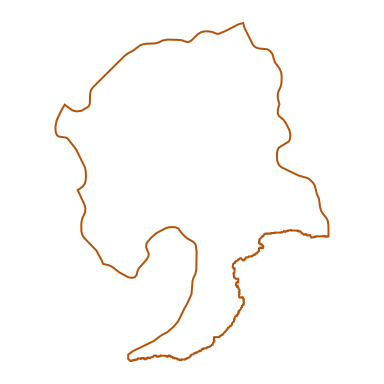 outline of Azua de Compostela, Azua, Dominican Republic
{"feature_id": "3306468B66909438647260", "entity_name": "Azua de Compostela", "entity_type": "district", "adm_level": 2, "iso_a3": "DOM", "parent_name": "Dominican Republic", "parent_adm1": "Azua", "projection": "orthographic", "projection_center": [-70.724, 18.457], "detail": "fine", "context": "isolated", "style": "outline", "palette": "amber", "viewbox_px": 384, "rotation_deg": 0, "n_neighbors": 0, "source": "geoboundaries", "source_scale": "gbopen_adm2", "svg_char_len": 6041}
<svg xmlns="http://www.w3.org/2000/svg" viewBox="0 0 384 384"><path d="M328.5,236.3L328.4,224.9L327.8,220.9L326.4,218.1L322.6,213.2L321.0,210.5L320.2,207.6L318.9,198.6L316.7,193.5L314.8,185.7L313.2,183.0L310.3,180.0L307.7,178.1L298.2,175.4L281.9,167.5L279.7,165.8L278.1,163.4L277.2,160.3L276.9,157.0L277.1,152.6L277.7,149.6L279.3,147.3L288.8,141.5L290.0,139.0L290.3,136.1L290.1,133.1L289.4,130.1L285.5,122.5L283.3,119.6L278.7,115.8L277.8,113.4L277.8,109.7L279.4,104.3L277.9,98.7L277.7,94.7L278.3,91.8L280.6,86.8L281.4,83.7L281.7,78.1L281.3,72.6L279.6,68.7L274.7,62.0L272.6,54.5L270.5,51.3L267.3,49.3L259.4,48.5L256.5,47.7L254.9,46.8L252.9,44.8L244.5,27.8L243.2,23.0L238.5,24.3L225.9,30.8L219.0,33.7L217.0,33.9L212.0,31.9L208.8,31.4L204.3,31.4L201.1,32.2L197.8,34.3L191.1,40.7L188.7,42.0L187.0,42.1L182.3,40.4L179.3,39.9L167.7,39.6L162.7,40.5L158.6,42.5L155.8,43.3L145.4,43.8L140.6,45.0L133.0,50.7L127.8,53.4L124.5,56.0L93.1,87.1L91.3,89.7L90.5,91.6L90.1,94.6L89.8,103.6L89.2,105.4L88.2,106.8L81.2,110.9L76.2,111.4L72.3,110.3L64.7,104.7L61.2,110.7L56.7,120.2L55.6,125.6L55.5,128.8L55.7,132.0L56.7,134.8L58.0,136.1L59.7,136.7L65.8,137.6L67.4,138.3L68.5,139.6L75.9,149.1L84.9,167.2L85.6,170.4L85.9,174.8L85.8,179.3L85.2,182.5L84.3,184.5L82.4,186.9L77.7,190.1L84.5,204.6L85.4,208.5L85.1,212.5L82.3,218.3L81.6,221.3L81.3,224.4L81.4,231.7L82.7,235.6L84.5,238.2L96.5,250.7L102.0,261.0L103.1,263.9L108.9,265.3L111.7,266.5L119.2,272.3L128.4,277.3L132.2,277.9L134.8,277.2L136.5,275.2L137.6,270.9L138.8,268.3L146.4,259.8L148.4,256.5L148.7,254.6L148.4,252.7L146.4,248.0L146.1,246.2L146.3,244.2L147.7,241.6L151.8,237.1L156.6,233.0L166.0,228.1L168.9,227.2L174.8,227.1L178.3,228.4L181.4,232.8L184.2,235.8L187.4,238.5L193.2,241.8L195.1,243.9L195.9,245.7L196.6,252.0L196.3,269.6L195.5,273.7L193.5,277.9L192.6,280.7L191.5,294.1L187.2,303.6L184.4,308.5L178.1,321.4L173.4,326.9L167.1,332.3L161.8,335.0L153.4,341.2L132.8,351.2L128.2,354.6L128.2,358.9L130.3,361.0L131.2,361.0L131.2,360.5L133.1,360.5L133.1,360.1L135.1,360.1L135.1,359.7L136.7,359.7L136.7,359.3L137.5,359.3L137.9,358.4L140.7,358.9L140.7,358.4L141.5,358.4L141.5,358.0L143.5,358.0L143.5,358.4L144.3,358.4L144.3,358.9L145.1,358.9L145.1,359.3L145.9,359.3L146.3,358.4L147.1,358.4L147.1,358.0L147.9,358.0L147.9,357.6L149.5,357.6L149.5,358.0L149.9,358.0L149.9,357.6L152.7,357.2L153.9,355.5L155.8,355.5L155.8,355.9L157.4,356.3L157.4,356.8L158.2,356.8L158.2,356.3L159.8,356.3L159.8,355.9L161.0,355.9L161.0,355.5L166.6,355.9L166.6,356.4L167.4,356.4L167.4,356.8L167.8,356.8L168.6,355.5L169.4,355.5L169.4,355.9L170.2,355.9L170.2,356.4L171.0,356.4L171.0,356.8L172.2,356.8L172.6,357.6L173.4,357.6L173.4,358.0L174.6,358.0L174.6,358.4L177.0,358.4L177.3,359.3L178.5,359.3L178.5,359.7L180.1,359.7L180.1,360.1L181.3,360.1L181.7,359.3L184.9,359.7L185.3,358.9L186.5,358.9L186.9,358.0L189.3,357.6L189.3,357.2L190.5,356.4L190.5,355.5L190.9,355.5L191.3,354.7L193.7,354.3L194.5,353.0L195.7,353.0L195.7,352.6L196.9,352.6L196.9,352.2L199.3,351.3L199.3,350.9L200.5,350.9L200.5,350.5L201.2,350.5L202.0,349.2L202.8,349.2L202.8,348.8L203.6,348.8L203.6,348.4L206.0,348.4L206.0,348.0L207.6,347.5L207.6,347.1L210.0,346.7L210.4,345.9L211.2,345.9L212.0,344.6L212.8,344.6L213.2,342.5L214.0,342.1L214.0,341.2L214.4,341.2L214.4,340.4L214.0,340.4L214.0,337.5L214.4,337.5L214.4,337.1L219.2,337.1L219.6,336.2L220.4,336.2L220.8,335.4L222.3,335.0L222.3,334.5L222.8,334.5L224.3,332.4L224.7,332.4L225.5,331.2L226.7,330.3L226.7,329.5L227.5,329.1L227.9,327.8L228.7,327.8L229.9,326.1L230.7,326.1L231.1,325.3L231.9,324.9L232.3,322.8L233.9,321.5L233.9,319.9L234.3,319.9L234.3,318.6L234.7,318.6L235.1,316.5L236.3,316.1L236.3,315.7L237.1,315.7L237.1,314.8L237.5,314.8L237.9,313.6L238.3,313.6L238.3,312.3L238.7,312.3L238.7,311.5L239.1,311.5L239.1,310.6L240.7,309.4L241.1,307.7L241.9,307.3L241.9,306.0L242.3,306.0L243.0,304.7L243.5,304.7L243.5,303.9L243.8,303.9L243.8,300.6L243.5,300.6L243.5,299.3L243.8,299.3L243.8,298.9L243.0,298.4L243.0,297.6L241.9,297.6L241.9,297.2L239.9,297.6L239.5,296.8L239.1,296.8L239.1,293.8L239.5,293.8L239.1,292.2L239.5,292.2L239.5,289.6L238.7,289.2L238.3,287.1L237.5,287.1L237.5,285.9L236.7,286.3L236.3,285.0L235.9,285.0L236.3,282.9L236.7,282.9L236.7,282.5L237.5,282.5L237.5,282.1L238.3,282.1L238.3,279.1L237.5,279.1L237.5,278.7L235.5,278.7L234.7,277.5L234.3,277.5L234.3,276.6L233.9,276.6L233.5,273.7L233.9,273.7L233.9,272.9L234.3,272.9L234.7,269.1L234.3,269.1L234.3,268.2L233.5,268.2L233.5,267.8L232.7,267.4L233.1,264.0L233.9,263.6L234.3,262.8L235.1,262.8L235.1,261.9L235.5,261.9L235.9,261.1L237.5,260.7L237.9,259.8L238.7,259.8L239.1,259.0L240.3,258.6L240.3,258.2L241.1,258.2L242.7,260.3L243.8,260.3L243.8,259.8L244.6,259.8L244.6,259.4L245.4,259.0L245.4,258.2L246.2,257.8L246.2,257.3L248.2,257.3L248.6,256.5L251.4,256.5L251.4,256.1L252.2,256.1L252.2,255.7L253.8,255.2L253.8,254.8L254.6,254.8L254.6,254.4L255.4,254.4L256.2,253.1L257.0,253.1L257.0,252.7L258.6,251.5L258.6,250.6L259.0,250.6L259.0,248.5L259.4,248.5L259.4,248.1L260.2,248.1L260.2,247.7L261.0,247.7L261.0,248.1L263.0,248.1L263.3,246.8L263.0,246.8L263.0,246.0L262.6,246.0L262.6,245.2L261.4,244.7L261.4,244.3L260.6,244.3L260.6,243.9L259.8,243.9L259.8,243.5L259.0,243.1L259.0,241.8L259.4,241.8L259.4,239.7L259.8,239.7L259.8,238.9L261.0,238.0L261.4,237.2L261.8,237.2L262.2,236.3L263.0,236.3L263.3,235.5L263.7,235.5L264.5,233.8L266.5,233.8L266.5,233.4L267.7,233.4L267.7,233.8L270.1,233.8L270.1,233.4L271.3,233.4L271.3,233.0L274.9,233.0L274.9,232.6L281.7,232.6L281.7,232.1L284.1,231.7L284.1,231.3L284.8,231.7L284.8,231.3L286.8,231.3L286.8,230.9L288.0,230.9L288.0,230.5L290.8,230.1L290.8,230.5L297.2,230.5L297.2,230.9L298.4,230.9L298.4,231.3L300.0,231.3L300.0,231.7L300.8,231.7L301.2,232.6L302.0,233.0L302.4,233.8L304.0,234.2L304.0,234.7L305.5,234.7L305.5,234.2L306.3,234.2L306.7,235.1L307.5,235.1L307.5,235.5L310.3,235.1L310.7,236.8L311.5,237.2L311.5,237.6L314.3,237.2L314.3,236.8L315.9,236.8L315.9,236.3L323.5,236.3L323.5,235.9L324.3,235.9L324.3,236.3L325.9,236.3L325.9,236.8L326.6,236.8L326.6,236.3L328.5,236.3Z" fill="none" stroke="#b45309" stroke-width="2"/></svg>